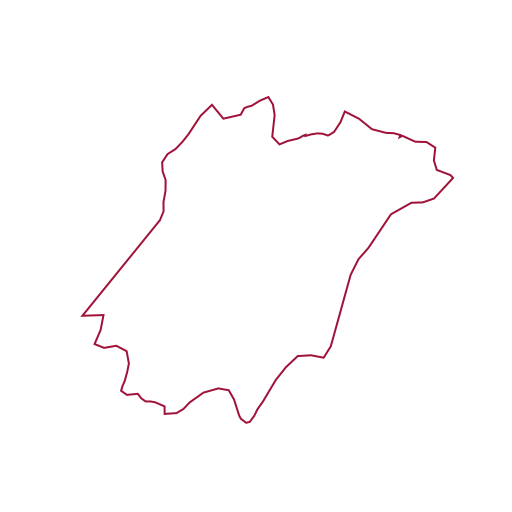 the State of Osun, rotated 31°
{"feature_id": "NGA-2855", "entity_name": "Osun", "entity_type": "State", "adm_level": 1, "iso_a3": "NGA", "parent_name": "Nigeria", "parent_adm1": "", "projection": "equal_earth", "projection_center": [4.53, 7.53], "detail": "fine", "context": "isolated", "style": "outline", "palette": "rose", "viewbox_px": 512, "rotation_deg": 31, "n_neighbors": 0, "source": "natural_earth", "source_scale": "10m", "svg_char_len": 1349}
<svg xmlns="http://www.w3.org/2000/svg" viewBox="0 0 512 512"><g transform="rotate(31 256 256)"><path d="M163.0,414.6L160.9,399.4L155.7,385.2L138.0,396.6L155.2,274.8L153.8,265.4L148.9,257.4L144.9,246.8L139.4,237.4L132.5,231.7L127.3,224.0L127.7,214.2L131.9,205.8L134.1,196.3L135.4,186.4L136.3,164.4L140.4,149.1L157.3,155.1L170.1,142.8L169.8,135.3L172.0,132.4L174.8,129.6L179.4,120.8L184.7,113.4L192.5,117.4L199.4,125.6L208.5,145.4L218.7,148.2L223.9,141.1L231.1,134.1L232.6,132.1L234.2,129.0L236.1,126.6L236.6,127.6L240.9,123.1L245.6,119.2L250.1,116.9L255.6,115.7L256.9,113.6L259.0,109.4L259.5,97.9L257.7,86.4L273.7,85.3L290.1,87.6L304.0,83.5L310.6,79.9L317.5,77.9L317.9,80.2L319.6,77.6L333.6,76.0L343.5,70.5L353.9,70.8L359.2,82.4L366.6,89.1L381.0,86.5L384.7,87.6L379.0,115.0L371.3,124.2L361.8,130.3L350.2,150.7L348.2,191.1L345.5,205.9L346.8,223.3L366.6,294.8L366.4,308.3L354.2,312.8L343.3,320.3L338.9,336.0L336.8,352.1L336.9,377.4L336.2,386.4L336.8,394.1L336.1,401.4L333.5,404.0L326.8,403.3L323.7,401.4L311.2,390.4L301.8,385.1L291.9,388.9L281.3,400.2L274.5,415.8L272.6,424.5L268.7,431.7L259.0,438.4L255.1,432.0L245.0,433.3L240.5,435.0L236.3,437.5L230.9,437.1L225.7,435.0L216.9,441.5L209.8,441.0L208.5,436.0L207.8,430.7L205.4,422.0L202.4,413.6L194.1,404.2L182.5,404.9L173.1,413.0L163.0,414.6Z" fill="none" stroke="#9f1239" stroke-width="2"/></g></svg>